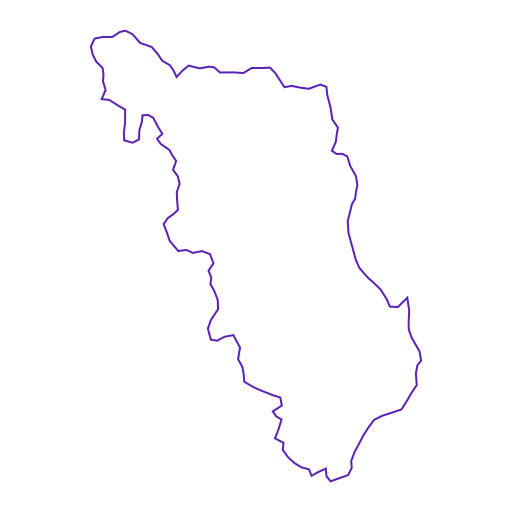 Campina do Monte Alegre, São Paulo, Brazil (Robinson projection)
{"feature_id": "56859067B72444966760519", "entity_name": "Campina do Monte Alegre", "entity_type": "district", "adm_level": 2, "iso_a3": "BRA", "parent_name": "Brazil", "parent_adm1": "São Paulo", "projection": "robinson", "projection_center": [-48.452, -23.612], "detail": "fine", "context": "isolated", "style": "outline", "palette": "violet", "viewbox_px": 512, "rotation_deg": 0, "n_neighbors": 0, "source": "geoboundaries", "source_scale": "gbopen_adm2", "svg_char_len": 2109}
<svg xmlns="http://www.w3.org/2000/svg" viewBox="0 0 512 512"><path d="M101.7,99.1L109.1,99.9L117.9,105.4L125.1,109.6L125.1,122.2L123.9,132.8L124.2,140.4L132.6,142.7L139.0,139.4L139.4,130.1L141.9,121.8L142.5,115.3L148.2,115.0L153.2,117.7L157.9,126.7L162.3,133.9L157.1,138.7L160.6,143.8L169.4,150.0L172.4,155.5L176.2,161.0L173.0,169.8L177.9,176.4L179.6,184.0L176.8,191.9L177.1,200.0L177.9,210.0L173.3,214.2L168.0,217.9L163.6,224.1L167.4,234.0L169.7,240.9L178.3,251.1L186.2,249.9L193.0,252.9L202.0,251.1L210.0,254.1L213.5,263.2L208.5,270.7L211.3,277.5L210.5,284.3L214.1,290.6L217.7,299.8L218.1,309.2L210.9,320.0L207.9,328.6L210.8,339.6L217.0,340.7L224.4,336.8L233.3,335.1L236.8,341.6L240.0,347.5L238.1,359.2L242.4,367.0L243.7,374.3L244.2,381.7L253.7,387.3L260.5,390.3L272.6,395.1L280.3,397.5L281.8,405.5L272.8,411.5L276.4,416.5L281.5,419.4L278.5,429.4L275.0,438.4L283.5,442.8L282.8,450.0L288.3,457.5L294.5,463.1L301.3,467.3L308.9,469.3L311.6,475.8L318.1,472.1L325.8,468.6L326.4,476.1L330.5,481.3L340.5,477.8L348.2,475.0L351.7,467.9L351.2,461.0L354.5,452.2L360.0,441.9L363.2,435.6L368.3,427.7L374.1,419.8L382.2,415.8L392.0,412.6L401.4,409.5L406.5,401.6L411.1,393.5L416.7,385.2L415.9,373.2L417.4,365.3L421.1,360.5L419.5,351.3L411.7,337.9L408.8,329.6L408.6,322.1L409.2,310.8L407.3,297.7L397.9,307.0L389.9,306.6L386.6,298.9L380.4,289.3L373.9,283.0L368.4,278.2L363.2,272.4L359.4,267.9L355.9,260.1L351.1,242.6L348.5,232.9L347.7,221.3L350.3,211.1L351.8,204.4L355.1,198.7L356.0,191.9L357.4,184.9L355.9,176.0L350.3,166.1L347.3,156.5L342.3,153.8L336.6,154.0L331.9,150.7L335.8,142.0L336.7,134.8L337.9,127.6L332.3,119.4L330.5,107.4L327.2,94.7L326.4,86.8L320.4,84.6L308.7,88.8L300.0,87.6L291.5,85.9L284.4,87.2L275.3,73.1L270.0,67.6L262.6,68.0L251.6,68.0L243.4,73.1L233.9,72.4L220.0,72.5L214.1,67.3L208.5,66.7L199.8,68.4L188.7,65.6L182.7,70.4L176.6,77.0L173.6,70.8L170.0,65.3L162.3,60.8L157.7,54.0L151.7,47.0L140.2,43.0L132.4,34.1L125.4,30.7L120.0,31.9L112.1,37.1L103.0,36.9L94.7,38.6L90.9,46.4L92.6,54.2L96.2,61.6L102.6,68.0L103.5,74.5L103.0,81.4L105.6,90.0L101.7,99.1Z" fill="none" stroke="#5b21b6" stroke-width="2"/></svg>